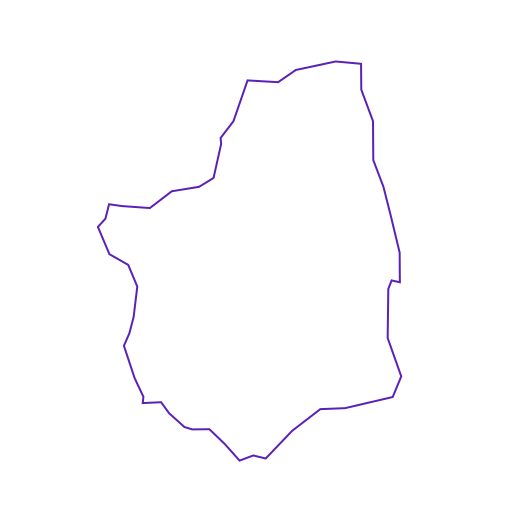 Agios Georgios, Paphos, Cyprus (Equal Earth projection), rotated 278°
{"feature_id": "46923920B97562378174172", "entity_name": "Agios Georgios", "entity_type": "district", "adm_level": 2, "iso_a3": "CYP", "parent_name": "Cyprus", "parent_adm1": "Paphos", "projection": "equal_earth", "projection_center": [32.652, 34.784], "detail": "fine", "context": "isolated", "style": "outline", "palette": "violet", "viewbox_px": 512, "rotation_deg": 278, "n_neighbors": 0, "source": "geoboundaries", "source_scale": "gbopen_adm2", "svg_char_len": 765}
<svg xmlns="http://www.w3.org/2000/svg" viewBox="0 0 512 512"><g transform="rotate(278 256 256)"><path d="M94.6,164.3L98.0,182.4L88.2,191.8L76.7,208.9L75.4,217.0L78.0,233.9L65.5,251.2L51.1,268.2L58.1,281.1L56.8,293.8L87.9,316.1L113.3,341.0L117.7,365.3L135.4,411.0L157.0,416.6L193.1,397.8L241.8,391.6L250.7,393.7L250.0,402.1L279.3,397.8L315.0,383.7L342.2,372.6L367.3,358.8L405.8,353.1L435.4,337.1L460.9,333.3L460.8,329.8L459.7,307.8L445.8,269.6L431.2,253.7L428.7,223.2L386.3,214.9L367.9,204.5L362.2,205.9L327.4,203.1L316.6,190.0L308.4,163.6L288.7,144.2L286.8,116.5L286.8,103.3L272.0,101.7L262.8,95.4L237.4,110.6L229.4,130.7L209.2,142.7L178.7,143.3L162.0,141.4L148.7,137.7L118.2,152.8L100.9,164.1L94.6,164.3Z" fill="none" stroke="#5b21b6" stroke-width="2"/></g></svg>